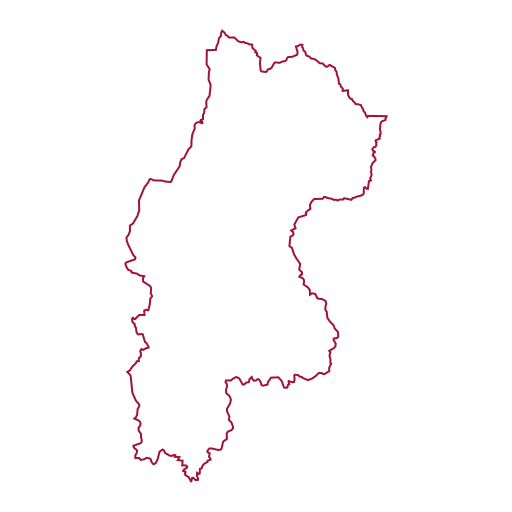 the district of Puriscal, San José, Costa Rica
{"feature_id": "36466004B36005628367911", "entity_name": "Puriscal", "entity_type": "district", "adm_level": 2, "iso_a3": "CRI", "parent_name": "Costa Rica", "parent_adm1": "San José", "projection": "natural_earth1", "projection_center": [-84.357, 9.734], "detail": "fine", "context": "isolated", "style": "outline", "palette": "rose", "viewbox_px": 512, "rotation_deg": 0, "n_neighbors": 0, "source": "geoboundaries", "source_scale": "gbopen_adm2", "svg_char_len": 6038}
<svg xmlns="http://www.w3.org/2000/svg" viewBox="0 0 512 512"><path d="M375.5,160.3L375.4,158.8L373.8,156.1L372.7,155.5L373.4,153.1L374.8,152.3L374.8,151.5L373.0,150.8L372.3,149.2L373.8,147.2L375.3,146.9L376.5,145.0L376.1,143.5L376.6,142.6L375.6,141.4L375.7,140.3L379.7,138.7L379.3,137.7L380.1,136.0L379.8,134.8L380.2,134.7L380.6,133.4L380.6,131.6L379.9,129.7L380.4,123.8L381.6,121.5L385.5,119.9L385.6,117.9L386.3,117.5L386.6,116.2L368.1,115.9L367.4,117.2L366.0,115.7L365.1,112.7L363.5,111.0L363.0,109.0L362.2,108.1L360.9,105.1L357.2,104.1L355.7,104.2L354.2,102.0L352.9,101.0L351.8,98.9L350.3,98.7L348.9,96.7L347.9,94.3L348.1,90.3L342.6,90.9L342.8,88.6L340.9,86.6L340.2,84.2L338.9,83.6L338.4,78.4L336.8,74.5L336.6,71.8L335.4,70.4L335.0,68.1L332.8,66.5L331.4,66.2L330.2,64.9L328.7,65.4L327.5,66.7L325.6,66.5L322.7,63.5L319.6,63.2L318.0,61.5L314.5,59.1L311.4,58.6L309.0,56.4L306.9,55.8L305.9,54.7L305.4,52.1L303.4,50.3L303.1,48.2L302.2,47.3L302.4,44.8L300.2,44.6L297.7,46.2L295.9,46.4L297.6,52.2L297.2,54.7L292.2,56.8L288.0,57.1L286.9,58.3L286.4,60.1L284.9,61.3L282.7,61.4L279.6,62.8L275.1,62.4L274.2,63.1L271.7,67.6L270.2,68.8L268.0,69.3L266.7,71.4L265.9,72.0L261.8,71.5L260.7,70.6L259.9,63.1L260.5,57.9L256.8,55.3L257.2,53.2L255.3,52.2L255.9,51.1L252.5,48.1L252.0,44.5L249.3,44.4L247.9,43.5L245.0,42.9L243.6,41.8L241.9,42.4L238.2,41.3L234.4,37.5L229.0,37.5L227.9,36.2L225.8,35.0L224.4,32.6L222.2,30.7L221.3,32.4L220.9,36.1L219.0,38.2L218.2,42.5L216.5,46.5L215.9,49.9L206.8,50.2L206.6,64.4L209.7,69.2L208.9,72.0L208.6,79.8L210.6,84.7L210.5,86.9L209.5,95.9L206.7,100.0L206.2,102.0L206.5,107.3L204.4,109.2L204.1,113.0L203.0,115.0L203.0,119.2L200.9,119.9L200.5,120.5L202.2,121.7L202.4,123.0L201.6,123.3L200.5,122.4L198.4,122.2L196.7,122.6L195.2,124.0L194.5,125.4L194.8,128.3L192.4,134.2L191.5,140.2L191.4,146.3L188.4,149.4L184.0,158.2L181.7,159.1L180.3,162.0L179.6,166.4L173.9,174.9L171.2,181.6L170.0,182.0L165.1,181.5L162.0,180.6L153.9,180.4L150.7,179.0L149.6,179.3L148.1,182.6L144.5,187.2L139.0,200.4L139.2,211.2L138.4,212.5L137.5,215.9L132.9,223.6L129.9,225.6L129.9,231.3L128.5,234.9L126.5,237.5L126.7,240.6L128.1,244.5L133.2,255.0L135.5,257.4L134.9,259.4L126.8,262.2L125.6,263.1L125.4,263.9L126.5,267.1L128.3,269.9L131.3,270.9L131.7,272.6L136.9,273.6L139.7,275.5L144.2,276.2L142.9,278.5L143.1,281.5L150.0,286.0L150.9,287.4L151.1,289.6L150.7,293.3L152.0,295.9L152.0,296.5L150.3,298.6L149.7,304.7L148.4,310.2L147.6,310.3L146.4,309.7L144.2,310.6L144.5,315.0L139.4,314.9L135.1,319.0L134.3,319.1L132.9,317.8L132.3,318.3L132.1,319.2L132.4,321.9L134.8,324.3L134.8,326.2L136.0,327.8L136.4,331.7L137.4,333.8L138.3,334.5L141.5,334.0L142.7,334.3L145.0,342.0L146.3,342.8L148.6,346.8L148.5,347.7L145.8,348.3L143.3,349.9L141.4,349.1L140.2,351.2L140.9,353.0L140.9,356.2L138.9,358.1L138.9,361.1L136.7,361.3L136.0,363.0L132.2,366.8L129.9,370.4L127.3,371.9L130.4,375.2L130.7,376.4L132.4,392.8L135.8,400.5L139.3,404.6L139.1,406.5L137.6,409.2L137.1,415.0L135.9,417.2L134.4,418.6L138.3,420.3L139.5,421.2L140.6,423.4L140.1,425.7L138.5,427.7L138.5,429.0L138.8,430.8L141.0,434.0L141.0,437.5L141.7,439.6L141.7,441.5L141.4,442.5L140.1,443.4L133.5,445.7L133.7,447.4L137.1,450.4L136.7,453.1L135.3,455.3L135.3,457.9L139.1,458.0L140.7,459.9L143.9,459.4L146.7,457.8L149.4,458.3L150.6,459.1L151.7,462.3L153.6,464.3L155.6,463.2L157.6,459.4L159.6,451.6L162.6,449.5L163.8,450.2L165.3,453.3L167.8,454.3L168.5,455.2L171.3,456.0L173.3,455.1L175.2,455.1L174.6,456.8L179.4,457.1L177.8,460.1L182.6,460.7L182.2,465.4L185.7,465.4L187.2,466.5L187.1,467.5L183.8,469.7L183.2,471.0L185.4,471.6L185.5,472.7L184.8,473.5L185.4,475.1L188.6,477.0L190.9,481.2L191.3,481.3L192.2,477.8L193.3,477.8L195.5,480.0L197.8,480.0L198.1,478.9L196.8,475.5L197.1,472.8L198.7,474.0L199.7,473.7L199.9,468.8L201.6,468.4L202.6,465.6L204.2,463.8L207.5,461.9L207.6,460.7L210.5,459.7L210.3,458.2L209.0,456.9L209.7,453.4L207.5,452.1L207.4,451.1L208.3,449.6L209.6,448.4L212.5,448.6L218.2,450.0L220.9,449.5L221.7,448.2L223.1,441.7L226.9,438.9L226.7,433.4L227.8,431.7L231.5,430.1L233.1,428.2L232.8,426.1L231.4,422.4L228.8,419.9L229.4,416.6L227.0,411.3L227.0,408.8L230.1,403.4L230.9,399.8L230.2,397.4L229.2,395.7L226.2,393.1L226.0,390.0L227.0,386.7L227.0,385.1L226.7,383.8L225.5,382.1L226.0,380.4L230.8,380.5L233.4,378.4L236.4,377.0L239.3,378.5L242.6,384.5L243.9,384.6L246.4,382.5L248.8,382.2L249.6,378.9L251.8,377.0L252.4,379.3L254.2,380.8L256.0,380.5L257.5,379.2L258.8,379.3L260.7,382.1L261.4,384.9L262.2,385.5L263.3,385.6L267.5,384.6L268.1,381.5L269.3,380.3L270.9,377.7L278.4,377.3L281.7,381.0L284.0,387.5L286.7,387.8L287.4,387.4L287.8,385.1L289.4,384.1L288.6,382.5L288.7,381.1L292.8,382.3L294.1,382.0L294.6,378.9L294.2,375.6L294.8,374.7L298.2,375.1L299.6,376.6L301.8,376.9L302.7,377.9L307.8,380.1L312.1,378.6L315.8,375.9L318.6,373.1L321.7,373.0L322.9,373.9L324.3,374.2L329.3,371.1L329.1,368.0L331.2,363.7L330.4,363.1L330.4,359.1L329.6,356.4L329.8,354.0L330.4,352.4L329.2,350.9L334.0,348.1L335.5,346.0L335.7,343.6L333.8,340.4L333.6,338.8L334.8,338.2L336.5,338.3L338.3,336.8L337.9,331.9L334.7,328.5L333.6,325.3L329.8,321.4L327.3,317.7L326.7,311.7L325.3,309.8L325.5,306.4L326.3,303.7L325.6,301.0L322.1,299.1L317.5,298.5L315.2,293.9L311.9,293.3L310.0,294.7L309.8,289.9L307.9,287.4L303.6,284.5L304.1,281.6L303.8,279.6L302.5,278.1L299.3,276.8L300.3,275.2L302.0,274.4L302.0,272.3L299.2,269.6L300.2,263.9L296.3,258.3L294.0,254.2L292.0,248.0L289.4,246.1L290.4,236.6L292.5,235.7L293.5,234.3L293.2,232.2L291.2,230.5L295.5,228.3L294.3,224.6L298.3,217.4L306.1,215.0L306.3,213.9L305.8,213.1L305.9,212.3L309.1,209.6L310.3,209.1L310.0,204.9L311.3,202.1L314.1,199.0L322.4,198.8L323.0,198.5L323.9,197.0L325.5,196.9L327.0,197.9L331.7,198.8L333.9,199.9L336.4,199.7L337.5,200.6L339.6,199.5L343.1,199.5L344.1,198.2L351.4,199.8L352.7,197.9L354.8,197.7L356.2,196.8L361.1,195.6L363.4,194.3L363.9,192.4L363.7,190.8L363.9,187.8L364.5,187.2L365.4,187.2L366.4,188.7L367.9,188.9L368.9,181.2L371.0,180.5L370.1,178.6L371.6,175.0L371.0,172.0L371.4,169.7L371.0,166.8L372.7,163.0L375.5,160.3Z" fill="none" stroke="#9f1239" stroke-width="2"/></svg>